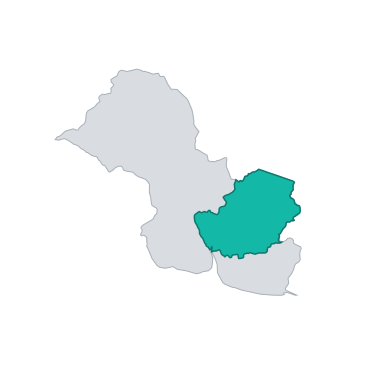 Cuyuni-Mazaruni on a map of Guyana (Albers equal-area conic projection), rotated 151°
{"feature_id": "GUY-676", "entity_name": "Cuyuni-Mazaruni", "entity_type": "Region", "adm_level": 1, "iso_a3": "GUY", "parent_name": "Guyana", "parent_adm1": "", "projection": "albers", "projection_center": [-59.812, 6.174], "detail": "fine", "context": "in_parent", "style": "filled", "palette": "teal", "viewbox_px": 384, "rotation_deg": 151, "n_neighbors": 0, "source": "natural_earth", "source_scale": "10m", "svg_char_len": 8198}
<svg xmlns="http://www.w3.org/2000/svg" viewBox="0 0 384 384"><g transform="rotate(151 192 192)"><path d="M122.7,179.5L114.6,170.5L106.4,161.4L98.5,152.4L97.9,151.2L101.3,147.0L104.3,143.9L106.8,142.2L108.0,140.7L107.1,134.1L107.1,131.7L106.0,129.2L105.1,126.3L106.2,123.9L107.4,122.2L108.9,121.6L112.7,121.0L115.3,120.8L116.2,119.8L117.8,118.7L119.8,118.6L123.7,119.4L125.5,118.0L128.7,116.0L136.0,112.6L137.6,110.4L138.8,107.0L138.7,105.4L137.9,104.8L136.1,104.2L133.3,104.1L131.1,105.0L128.8,104.5L126.9,102.4L126.8,100.7L128.0,98.2L127.3,96.6L123.7,91.4L123.7,89.9L126.3,87.6L127.8,85.6L129.9,80.9L131.5,79.3L136.6,78.8L137.9,77.8L140.5,75.2L144.3,72.4L149.8,70.1L151.4,65.9L152.4,64.8L156.8,62.6L157.6,61.5L157.5,60.4L150.4,51.1L151.8,51.7L157.3,57.8L160.3,59.1L161.0,59.2L161.0,57.6L163.8,58.3L171.0,62.4L181.5,69.3L196.3,82.3L200.5,87.2L203.3,89.5L207.8,95.2L209.0,98.0L208.9,109.0L205.1,116.5L204.1,122.1L203.9,129.6L201.7,133.9L204.7,131.6L205.6,124.8L208.1,120.7L211.5,116.2L215.9,115.1L220.7,117.0L224.6,117.3L228.0,118.6L235.2,125.8L242.3,131.5L244.9,136.0L252.4,138.3L256.9,141.9L258.3,145.0L259.2,153.1L257.8,165.4L258.2,166.0L256.2,168.5L255.8,170.0L254.5,172.7L253.5,174.2L255.0,177.6L256.7,177.8L257.4,178.2L257.8,178.9L257.7,179.6L257.1,180.2L255.4,181.1L253.9,183.0L254.1,185.2L253.1,186.3L250.0,186.9L243.9,187.0L241.0,187.1L238.6,187.5L237.0,188.9L235.0,189.9L233.5,190.1L232.1,191.8L230.7,194.1L231.2,195.7L232.6,197.8L233.5,199.9L232.4,203.4L231.2,206.1L230.5,208.2L229.5,212.2L227.2,216.5L225.5,219.0L225.6,221.7L226.4,225.5L231.2,231.1L232.8,233.7L234.1,238.0L238.4,241.3L241.2,244.1L240.9,247.6L241.3,248.8L243.0,249.7L245.0,250.3L247.3,250.3L249.3,250.0L249.8,249.5L254.5,249.4L255.0,250.3L255.3,255.4L255.5,257.5L256.6,258.4L257.3,259.6L257.3,260.8L257.5,263.7L258.2,265.2L258.1,268.3L258.6,269.4L259.9,270.2L261.6,272.4L262.2,272.7L262.5,273.5L263.9,276.6L264.6,277.5L265.1,277.7L265.4,278.8L266.4,281.7L267.1,282.4L268.4,284.6L268.9,286.9L270.7,289.6L272.5,291.4L273.3,293.4L275.5,297.6L277.7,300.6L280.7,301.4L283.2,301.8L284.8,303.0L286.3,304.2L284.7,304.8L283.2,305.5L281.2,305.0L278.3,305.3L275.4,306.2L272.7,306.6L267.6,305.3L266.0,305.1L265.0,304.5L262.8,301.9L261.8,301.6L259.1,302.8L255.8,303.7L254.2,303.6L252.3,304.5L250.5,305.7L247.2,310.8L245.4,312.7L243.6,313.5L239.8,313.5L235.8,313.7L232.8,315.0L230.0,315.6L228.6,315.7L228.2,318.6L227.5,319.9L226.6,320.6L224.5,320.9L222.5,320.8L221.3,319.6L219.1,319.0L217.1,318.6L215.9,317.9L214.9,318.1L214.0,319.3L213.3,320.3L212.7,322.1L209.8,322.7L208.5,323.8L209.3,327.3L208.9,328.6L208.3,329.7L204.7,329.9L201.6,329.8L199.9,331.1L197.7,332.6L196.4,332.9L194.8,332.8L192.7,331.1L190.7,329.0L185.6,327.5L180.6,326.2L177.3,322.9L176.5,321.2L174.9,320.5L171.0,316.4L168.9,313.9L166.5,313.2L163.8,312.1L163.9,310.2L163.7,308.4L162.6,307.7L161.0,307.2L160.4,306.2L160.5,303.8L160.9,297.7L160.4,291.9L156.8,289.9L155.2,288.5L152.5,279.8L151.2,275.9L151.2,273.1L152.1,264.4L153.1,260.7L155.9,253.2L157.5,250.7L157.6,248.8L157.4,246.3L156.6,241.5L161.3,238.5L163.3,237.2L163.7,235.2L166.2,232.6L167.3,230.2L168.2,228.3L168.0,227.2L166.9,226.7L165.6,224.8L162.8,219.6L161.9,218.5L161.0,217.0L161.5,214.7L162.5,212.1L162.4,211.1L160.8,209.7L157.4,207.4L154.6,207.3L152.5,206.5L149.3,206.3L146.8,206.1L145.3,205.2L145.6,203.8L146.3,202.8L148.4,200.1L149.8,197.3L150.0,194.5L150.4,190.9L151.0,187.7L151.4,184.2L148.0,181.8L147.0,179.9L145.6,178.2L144.1,178.2L141.8,177.4L138.2,179.7L135.4,179.3L133.5,180.1L129.0,179.9L126.1,178.8L122.7,179.5Z" fill="#d9dde1" stroke="#a8b0b8" stroke-width="1"/><path d="M144.3,178.6L143.7,178.1L143.4,177.2L142.9,177.1L141.3,177.5L140.6,177.8L139.0,179.4L138.3,179.9L137.5,179.9L135.8,179.3L135.0,179.4L134.7,179.6L134.2,180.4L133.9,180.6L133.6,180.6L133.3,180.4L133.1,180.1L132.8,179.9L132.0,179.8L129.8,180.1L129.3,180.0L128.9,179.8L128.5,179.6L128.0,179.4L127.6,179.3L125.3,179.1L124.4,179.2L122.7,179.5L119.8,176.4L116.9,173.1L114.0,169.9L111.1,166.7L108.2,163.5L105.4,160.3L102.5,157.1L99.6,153.9L98.4,152.5L97.7,150.9L98.1,150.5L99.4,149.8L100.0,149.4L101.7,146.5L102.2,145.3L102.6,144.7L103.1,144.5L104.4,144.2L105.0,144.0L105.4,143.8L105.8,143.3L106.2,142.3L106.7,141.9L107.3,141.8L107.8,141.8L108.2,141.7L108.4,141.1L108.4,140.6L108.6,139.1L108.5,138.7L108.4,138.6L108.1,138.3L108.0,138.0L107.3,137.6L107.1,137.2L106.8,136.2L106.7,135.7L107.0,133.9L107.2,133.3L107.5,132.9L107.6,132.6L107.6,132.3L107.6,131.9L107.5,131.6L107.0,131.0L106.7,129.9L106.4,129.3L105.8,128.8L105.3,128.5L104.9,128.1L104.8,127.3L105.1,126.0L105.7,124.6L106.4,123.2L107.6,121.8L108.0,121.4L108.7,121.3L109.5,121.3L110.2,121.6L110.6,120.9L111.4,121.0L112.2,121.2L112.9,120.7L114.7,120.9L115.4,120.8L115.7,120.6L116.7,119.5L116.8,119.4L116.8,119.1L116.7,118.7L116.3,118.2L116.2,117.8L116.5,117.6L116.9,117.6L117.8,117.9L118.0,118.1L118.3,118.3L118.7,118.6L119.1,118.7L119.5,118.7L120.4,118.5L120.8,118.4L121.6,118.6L123.0,119.5L123.5,119.7L124.3,119.5L125.0,118.8L126.1,117.3L126.7,116.8L127.4,116.4L130.1,115.8L135.0,112.8L136.0,112.5L136.7,112.9L137.0,111.0L137.3,110.3L137.9,109.9L138.6,109.4L139.1,109.0L139.5,108.5L139.8,107.8L139.9,107.1L139.9,106.5L139.6,105.9L139.1,105.4L137.8,104.7L138.2,104.6L138.9,104.5L139.5,104.7L140.9,105.2L142.1,105.9L143.0,106.8L143.3,107.0L143.5,107.0L144.1,106.9L144.5,106.9L145.2,107.0L146.4,107.6L147.7,107.9L148.0,107.9L148.5,107.6L148.7,107.4L149.0,107.1L149.2,106.8L149.3,106.6L149.5,106.4L149.9,106.2L150.5,106.1L152.0,106.7L152.3,106.7L152.7,106.6L152.9,106.5L153.2,106.2L153.5,105.7L153.8,105.4L154.3,104.9L154.5,104.6L154.6,104.2L154.9,103.7L155.4,103.5L156.5,103.2L157.1,103.1L157.5,103.2L163.0,106.2L167.0,107.1L167.2,107.3L167.5,107.5L170.6,110.7L170.8,110.9L171.1,111.0L172.2,110.9L172.5,111.0L173.3,111.6L175.6,112.3L176.1,112.4L176.6,112.4L177.4,111.8L177.8,111.4L178.1,110.6L178.2,110.4L178.3,110.2L178.5,110.0L178.9,109.8L179.2,109.8L179.5,109.8L181.2,110.2L183.3,111.1L183.3,111.9L182.5,114.4L182.4,115.0L182.6,115.5L182.8,115.6L183.1,115.7L184.0,115.9L184.2,116.0L184.7,116.3L184.9,116.4L186.3,116.9L186.7,117.0L187.2,117.0L187.5,117.0L187.7,116.9L187.9,116.9L188.1,116.8L188.8,116.0L189.1,115.8L189.5,115.8L190.5,116.1L190.9,116.7L190.9,116.9L191.1,118.5L191.3,119.0L191.6,119.3L191.9,119.5L192.6,119.7L193.2,119.7L193.4,119.7L193.6,119.7L194.1,119.5L194.4,119.4L194.7,119.4L194.9,119.8L194.9,120.1L195.5,121.5L196.2,122.6L196.3,123.2L196.1,125.4L195.9,126.2L195.8,127.6L195.9,128.0L196.1,128.2L196.3,128.3L196.8,128.4L198.7,128.5L199.1,128.6L199.5,128.7L201.8,129.9L202.2,130.0L202.5,130.1L202.6,129.9L202.9,129.9L203.1,129.9L203.7,130.1L203.8,130.1L203.7,130.6L201.2,134.2L201.3,134.3L201.4,134.5L202.6,133.4L203.0,133.1L203.2,132.8L203.3,132.6L203.9,132.9L204.2,132.9L204.4,132.9L204.5,133.3L204.5,135.0L204.6,135.8L205.5,137.6L205.6,138.3L205.6,138.6L205.5,139.0L205.4,139.3L205.2,139.6L205.1,139.9L205.3,140.2L205.5,140.5L205.6,140.9L205.1,146.0L205.1,146.8L205.5,147.7L205.6,148.1L205.6,151.3L205.5,152.2L205.0,152.9L204.1,155.0L203.9,155.8L204.1,158.2L203.8,160.7L203.9,163.3L203.7,165.0L203.2,166.5L202.5,168.1L201.6,169.8L201.0,170.5L200.1,170.8L196.8,171.3L195.2,171.4L194.2,169.8L194.0,169.6L193.8,169.4L193.5,169.3L193.2,169.2L192.8,169.1L191.1,169.0L190.8,168.9L190.5,168.8L190.2,168.5L189.2,167.2L188.8,167.0L188.4,167.0L187.0,167.6L186.7,167.7L186.3,167.7L185.8,167.6L185.5,167.4L185.3,167.1L185.3,166.9L185.4,165.4L185.3,165.1L185.1,164.9L184.6,164.4L184.3,164.2L184.1,163.9L183.6,162.8L183.4,162.6L182.7,161.8L181.9,160.8L181.6,160.5L181.3,160.3L181.0,160.1L180.7,160.1L180.4,160.2L180.1,160.3L178.7,161.0L178.3,161.4L177.9,161.8L177.2,162.7L176.6,163.7L176.4,164.0L176.1,164.3L175.5,164.6L175.0,164.8L174.7,164.9L174.4,164.9L173.9,164.8L173.3,164.7L170.4,163.9L170.2,163.9L169.8,164.0L168.2,165.1L167.1,166.1L166.9,166.4L166.8,166.7L166.8,167.2L167.1,168.6L167.3,171.8L166.9,172.5L164.7,172.7L164.1,172.7L160.7,172.0L160.1,172.0L158.9,172.2L157.2,172.1L156.9,172.1L156.7,172.2L154.2,173.0L153.7,173.2L153.4,173.5L153.0,174.0L152.6,174.9L152.2,176.0L151.5,177.5L151.4,178.0L151.0,178.4L150.5,178.9L148.7,180.3L148.0,181.1L147.6,181.4L146.3,178.4L146.0,178.0L144.3,178.6Z" fill="#14b8a6" stroke="#0f766e" stroke-width="1.5"/></g></svg>